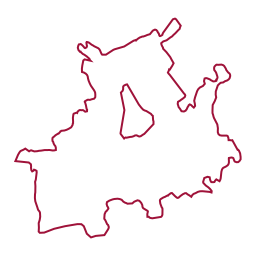 Damanhur, Al Buhayrah, Egypt
{"feature_id": "37247803B72315750145926", "entity_name": "Damanhur", "entity_type": "district", "adm_level": 2, "iso_a3": "EGY", "parent_name": "Egypt", "parent_adm1": "Al Buhayrah", "projection": "natural_earth1", "projection_center": [30.469, 31.031], "detail": "fine", "context": "isolated", "style": "outline", "palette": "rose", "viewbox_px": 256, "rotation_deg": 0, "n_neighbors": 0, "source": "geoboundaries", "source_scale": "gbopen_adm2", "svg_char_len": 5769}
<svg xmlns="http://www.w3.org/2000/svg" viewBox="0 0 256 256"><path d="M15.4,161.1L28.8,162.5L30.9,164.3L31.1,166.3L31.0,167.8L31.4,170.3L32.2,171.4L33.5,170.7L34.0,169.7L34.8,169.9L36.5,170.8L36.7,172.2L35.8,179.6L35.1,181.8L35.4,186.1L35.3,192.3L35.0,194.3L34.9,198.0L35.3,201.3L37.4,207.5L37.9,209.2L38.3,210.1L39.5,211.5L40.0,212.8L40.2,216.8L39.7,219.9L38.7,223.1L38.9,227.7L38.7,231.6L39.8,232.8L44.2,232.6L54.1,228.8L65.0,226.2L77.5,224.1L81.4,224.2L83.8,226.2L86.8,233.7L91.0,237.4L95.8,235.9L104.4,235.1L108.1,229.3L108.7,227.9L108.8,227.0L108.1,225.0L107.1,224.1L105.3,220.2L104.3,218.8L104.3,218.1L104.6,214.2L105.7,211.7L106.8,210.8L108.4,208.6L108.1,207.4L107.3,206.3L106.6,204.0L107.0,202.1L109.4,200.6L112.6,199.4L114.3,199.0L117.6,198.7L119.9,199.1L121.7,199.8L123.3,201.6L124.9,202.6L126.6,203.2L127.4,203.7L132.3,203.4L134.2,201.7L137.5,200.3L139.3,200.8L140.2,201.7L141.3,203.0L142.3,205.1L142.5,206.9L143.2,208.2L147.6,210.9L147.9,211.6L147.3,214.0L147.4,216.8L148.8,216.8L149.3,217.4L150.2,217.9L152.3,218.3L161.0,216.9L161.5,216.5L161.8,216.1L162.4,214.8L162.5,209.6L162.4,208.3L161.7,207.3L160.3,203.6L159.9,200.6L160.1,199.8L160.7,199.1L163.3,197.5L165.1,196.8L166.8,195.8L167.9,195.6L167.9,195.3L169.0,194.6L170.6,193.3L171.9,193.0L175.1,196.2L176.4,197.3L177.3,197.9L178.5,197.7L180.4,196.0L182.9,194.2L185.0,193.2L186.2,193.2L187.5,194.3L189.4,195.4L191.3,196.8L192.3,195.1L193.6,193.9L195.6,193.1L197.8,191.9L199.9,191.3L202.2,191.2L203.6,191.3L209.7,191.9L211.5,192.5L211.7,191.1L210.1,189.0L208.3,187.3L205.9,185.6L203.4,183.0L203.1,182.0L204.3,178.0L207.5,176.8L209.7,177.3L210.0,179.3L210.5,180.8L211.3,182.1L213.2,182.2L214.4,182.0L215.1,180.7L216.3,179.4L219.5,181.2L220.3,179.7L220.7,178.2L221.4,171.7L222.0,169.5L222.7,168.4L223.3,167.8L225.8,166.6L227.7,165.3L228.5,164.1L228.9,162.7L228.9,160.4L228.8,158.9L228.9,158.0L231.4,157.5L232.5,157.7L233.3,158.1L234.4,161.0L234.9,161.6L236.6,162.2L238.2,162.1L239.5,161.0L240.6,159.3L240.6,156.9L240.1,153.3L238.9,150.6L238.1,149.7L237.6,149.8L232.3,140.2L231.3,140.4L230.1,140.1L228.6,140.1L228.4,138.0L227.7,136.1L226.8,135.6L221.7,135.6L219.7,135.2L218.4,134.0L217.8,132.2L217.8,131.1L217.9,128.2L217.3,124.4L214.0,118.0L213.5,116.6L213.1,114.9L212.5,113.1L212.5,109.9L212.7,105.0L214.8,101.0L216.2,97.4L215.7,94.7L215.8,91.4L217.8,85.4L219.0,84.2L220.6,82.8L223.3,82.4L224.8,81.3L227.3,80.4L228.5,79.5L229.2,78.8L229.7,78.0L229.9,77.0L230.1,76.7L230.2,75.2L229.9,74.2L229.4,73.4L228.2,72.5L226.3,70.0L225.8,68.6L224.2,66.0L223.2,65.2L221.5,64.6L218.5,64.8L216.5,64.7L215.9,65.1L214.7,66.3L214.2,67.2L214.1,68.6L214.3,70.1L215.5,71.6L216.2,72.9L217.4,76.6L217.5,77.8L217.0,78.8L216.5,80.3L216.1,80.0L215.6,81.1L214.0,81.4L213.2,81.4L210.6,80.0L209.9,79.4L206.8,78.2L206.0,78.1L204.6,78.5L204.0,81.1L204.8,83.8L202.9,86.0L199.9,87.5L198.2,89.2L197.1,91.2L195.0,97.5L194.2,100.8L194.8,103.5L195.1,105.9L193.8,107.6L192.4,106.4L191.3,105.2L189.8,104.4L188.7,105.2L188.3,106.2L187.5,107.3L187.2,108.1L186.7,109.2L186.4,109.7L185.9,110.1L185.6,110.7L183.9,111.5L181.5,111.2L179.8,108.5L178.7,107.2L177.7,103.9L178.0,101.8L179.9,100.7L181.7,99.3L182.2,99.1L184.8,97.0L185.2,95.8L185.3,95.4L184.9,94.4L184.2,93.8L169.8,74.9L168.6,73.6L167.9,72.6L168.8,70.6L169.1,69.4L169.8,69.6L172.3,65.7L173.6,63.2L171.5,59.5L170.3,57.2L169.5,56.1L166.4,52.1L163.1,48.7L163.0,47.7L162.0,45.9L161.4,44.4L161.2,43.2L163.3,41.4L166.6,40.3L170.3,37.5L172.1,36.4L173.4,35.0L175.4,33.2L178.3,30.1L179.7,28.8L179.9,27.6L180.7,25.7L176.1,19.3L175.0,18.6L172.9,19.3L163.3,32.5L162.7,33.6L162.4,34.8L161.5,35.5L160.1,36.1L159.7,36.0L159.2,35.1L158.8,33.5L157.9,32.5L157.5,31.4L156.3,30.0L155.0,29.6L153.2,30.4L152.5,31.0L149.9,34.2L147.2,35.0L145.4,35.8L143.3,36.5L142.3,36.5L141.5,36.9L139.8,37.5L137.8,38.8L136.7,39.8L136.0,39.9L135.8,40.5L135.2,40.2L133.6,40.7L124.2,46.5L114.9,49.2L113.4,49.8L105.9,54.7L102.2,54.7L101.7,54.1L101.2,53.2L100.0,50.4L99.5,49.5L98.7,48.6L98.2,48.2L94.1,46.2L93.3,45.6L91.6,44.7L88.9,42.6L87.6,42.1L86.7,42.0L86.4,42.6L86.7,44.9L87.0,46.0L86.5,47.4L85.1,48.1L84.6,47.9L83.2,46.2L81.9,44.9L80.7,44.0L80.2,44.2L78.9,44.4L78.3,45.6L77.8,47.8L78.5,50.1L80.0,51.8L80.6,51.6L81.0,52.3L82.9,54.0L84.3,54.7L87.0,56.6L87.9,57.5L88.9,58.3L89.6,59.1L90.0,60.2L90.5,60.7L84.6,59.4L83.3,60.5L82.3,65.5L81.9,68.7L82.0,72.0L83.0,72.3L83.9,72.5L84.4,72.9L85.6,73.5L87.0,74.9L87.7,76.4L88.0,78.3L88.6,80.6L89.8,83.5L90.9,85.7L94.2,90.5L95.1,92.4L95.3,94.3L95.3,96.4L95.2,97.3L94.1,98.7L91.6,99.3L89.9,99.9L88.2,99.7L87.5,99.8L84.9,101.3L84.7,101.8L85.3,103.0L85.6,104.3L85.8,104.7L86.3,107.2L86.6,108.9L87.1,109.6L87.0,111.3L85.2,111.7L83.5,110.4L82.9,110.1L81.3,110.2L79.9,110.0L78.7,110.6L77.6,111.7L77.2,112.9L76.9,112.7L76.2,112.8L73.9,113.6L73.4,114.2L72.9,117.9L73.1,121.8L73.0,122.4L73.1,123.1L72.7,123.8L72.7,124.5L72.5,125.1L71.2,127.3L68.7,128.8L66.6,129.8L64.4,130.5L61.3,130.8L60.8,131.3L60.4,131.4L59.9,132.2L58.6,133.6L58.3,133.5L55.4,135.3L54.2,136.5L53.3,137.1L52.5,138.0L52.4,139.5L52.5,140.6L52.5,141.0L53.2,141.9L53.6,143.4L54.3,144.8L55.4,146.2L55.8,147.6L55.9,150.0L54.3,150.4L52.7,150.5L49.7,150.0L44.4,150.1L41.3,150.6L39.0,150.8L37.1,151.2L34.3,151.4L31.1,150.3L30.2,150.6L29.1,151.3L25.3,148.6L23.5,149.7L20.8,150.9L20.1,151.5L19.2,152.8L18.0,154.9L15.4,161.1ZM143.2,134.5L140.7,136.2L139.4,136.5L138.6,136.3L137.0,135.5L136.3,135.3L134.9,135.5L133.7,136.2L131.8,136.8L130.4,136.9L126.5,137.7L125.5,137.5L124.6,138.0L124.1,138.5L120.7,134.0L120.5,133.3L124.4,110.1L120.9,92.6L122.7,90.7L123.2,89.0L123.1,88.2L123.2,86.6L123.4,86.2L124.3,85.4L126.3,84.5L127.1,84.4L138.8,104.5L141.3,107.7L143.2,109.7L144.7,110.5L146.3,111.0L151.0,113.9L151.9,115.1L152.8,115.8L153.1,120.1L153.5,121.4L153.5,124.1L144.3,133.9L143.2,134.5Z" fill="none" stroke="#9f1239" stroke-width="2"/></svg>